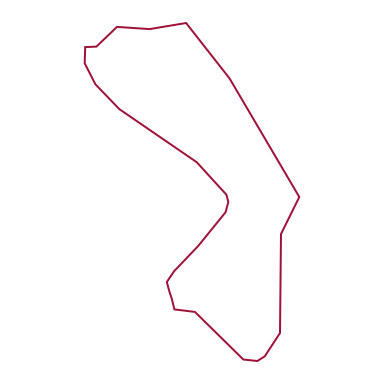 San Antonio Aguas Calientes, Sacatepéquez, Guatemala
{"feature_id": "79465075B38855532318009", "entity_name": "San Antonio Aguas Calientes", "entity_type": "district", "adm_level": 2, "iso_a3": "GTM", "parent_name": "Guatemala", "parent_adm1": "Sacatepéquez", "projection": "equal_earth", "projection_center": [-90.785, 14.552], "detail": "fine", "context": "isolated", "style": "outline", "palette": "rose", "viewbox_px": 384, "rotation_deg": 0, "n_neighbors": 0, "source": "geoboundaries", "source_scale": "gbopen_adm2", "svg_char_len": 438}
<svg xmlns="http://www.w3.org/2000/svg" viewBox="0 0 384 384"><path d="M186.1,23.0L149.6,29.1L117.0,26.9L96.4,46.6L85.2,47.1L84.7,63.3L95.4,84.3L119.4,109.2L196.7,162.2L226.4,194.7L228.3,202.0L225.6,212.2L198.1,246.1L174.2,271.1L166.8,282.0L169.5,291.9L171.8,298.8L174.4,309.4L194.9,311.9L243.3,359.5L257.4,361.0L264.8,356.3L280.0,333.0L281.0,234.0L299.3,197.0L229.6,78.5L186.1,23.0Z" fill="none" stroke="#9f1239" stroke-width="2"/></svg>